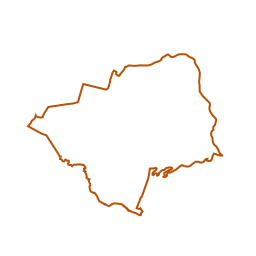 outline of Ramna, Caras-Severin, Romania, rotated 11°
{"feature_id": "2599482B15960202705126", "entity_name": "Ramna", "entity_type": "district", "adm_level": 2, "iso_a3": "ROU", "parent_name": "Romania", "parent_adm1": "Caras-Severin", "projection": "robinson", "projection_center": [21.717, 45.465], "detail": "fine", "context": "isolated", "style": "outline", "palette": "amber", "viewbox_px": 256, "rotation_deg": 11, "n_neighbors": 0, "source": "geoboundaries", "source_scale": "gbopen_adm2", "svg_char_len": 5569}
<svg xmlns="http://www.w3.org/2000/svg" viewBox="0 0 256 256"><g transform="rotate(11 128 128)"><path d="M226.5,137.1L224.9,136.6L223.2,135.5L222.5,134.7L221.8,133.8L221.2,132.8L220.6,131.9L219.0,130.1L218.0,129.2L215.9,128.0L214.6,126.7L214.1,125.5L213.6,124.3L213.2,123.0L212.8,121.8L212.1,120.8L211.8,120.3L211.5,119.8L211.2,119.3L211.0,118.8L210.8,118.2L210.6,117.7L210.7,115.8L210.8,115.4L211.1,114.8L211.4,114.3L211.8,113.8L212.3,113.4L211.6,111.9L211.6,110.4L212.9,108.3L212.9,107.2L213.0,106.0L213.0,104.9L213.0,103.8L213.0,103.3L212.8,102.4L208.1,99.0L205.4,96.0L204.3,93.8L203.9,91.6L204.0,91.2L204.1,90.8L204.2,90.3L204.1,89.9L203.5,88.0L194.8,82.0L191.2,78.2L191.1,77.1L190.9,75.9L190.6,74.8L190.4,73.7L190.1,72.5L189.8,71.4L189.4,70.3L189.0,69.2L188.8,67.0L188.6,64.8L188.3,62.5L188.0,60.3L186.5,57.1L185.6,56.0L184.6,54.9L183.6,53.9L182.5,52.9L181.3,51.1L180.3,48.3L177.3,47.0L176.0,46.8L175.4,46.6L174.7,46.4L174.0,46.2L173.2,45.8L172.4,45.4L171.7,45.0L171.4,44.9L171.1,44.8L170.8,44.7L170.4,44.7L170.1,44.7L169.9,44.7L169.2,44.9L165.7,45.5L163.5,46.2L159.2,49.5L157.6,49.9L156.4,49.9L154.1,48.4L153.0,48.2L151.9,49.0L151.2,49.8L150.4,50.5L149.6,51.2L148.8,51.8L147.7,53.3L147.8,53.8L147.7,54.3L147.5,54.8L147.2,55.3L145.5,56.7L141.1,59.1L139.8,60.5L137.5,61.9L135.6,62.8L133.7,63.2L131.7,63.6L129.7,63.9L127.7,64.2L126.4,64.7L125.0,65.1L123.6,65.5L122.2,65.8L120.7,66.0L117.2,66.4L117.0,66.5L116.6,66.7L116.2,67.0L115.7,67.4L115.4,67.8L115.0,68.0L114.5,68.2L114.1,68.4L113.6,68.6L112.8,71.7L112.1,72.9L109.3,78.5L107.6,78.3L105.9,77.2L106.0,75.3L103.9,74.4L103.2,74.3L102.4,76.1L101.8,80.8L101.4,84.3L101.6,85.7L101.2,90.6L100.7,93.0L99.3,94.5L75.7,93.4L75.2,97.9L74.8,102.4L74.4,106.9L74.1,111.4L73.8,112.2L69.5,114.4L65.0,115.8L60.6,117.3L56.2,118.9L51.8,120.5L48.2,121.7L45.8,122.6L43.2,128.9L42.4,131.4L42.2,133.8L40.2,134.5L37.0,134.4L35.2,133.8L35.1,133.6L34.9,135.0L34.4,136.8L33.0,138.4L32.2,139.3L31.5,142.0L30.8,143.0L29.5,145.3L44.4,150.1L49.2,150.7L59.7,161.6L63.3,165.4L66.7,169.2L66.9,169.4L67.4,169.1L67.2,171.4L68.7,171.6L70.0,172.8L70.7,173.1L71.6,173.0L72.0,172.5L72.3,172.0L72.2,171.6L72.7,170.9L73.3,171.1L73.8,171.4L74.2,171.6L75.5,171.6L75.8,171.4L76.3,171.8L76.4,172.6L76.3,173.5L75.7,174.3L76.3,175.1L76.8,175.5L78.5,175.3L79.2,175.1L79.9,175.6L80.1,176.1L80.4,176.2L80.6,175.6L81.7,174.7L82.5,174.0L84.0,174.0L85.1,173.5L86.2,173.4L87.1,173.0L88.2,173.0L88.7,172.8L89.2,172.7L90.1,173.0L91.2,172.7L91.9,173.0L92.6,173.7L93.8,174.8L93.9,175.6L93.3,175.8L92.6,176.1L92.5,176.8L93.0,177.3L93.1,178.0L93.0,178.5L93.9,178.5L94.6,178.7L94.7,178.9L94.4,179.5L95.4,180.9L96.3,182.2L96.4,182.8L96.7,183.5L96.6,184.7L98.1,185.5L99.6,185.8L99.9,185.8L99.7,186.2L99.3,187.0L99.9,187.8L100.6,189.0L101.5,190.2L101.9,191.3L101.3,192.5L101.6,193.6L102.1,195.0L102.4,195.7L103.1,196.9L103.5,197.4L104.9,197.8L105.4,198.0L106.0,198.1L106.9,198.4L107.0,198.2L106.9,198.0L107.3,198.0L107.6,198.1L107.9,198.3L108.2,198.5L108.6,198.9L109.5,199.8L109.7,200.0L110.3,200.6L111.4,202.1L113.7,205.3L113.8,205.3L114.2,205.5L114.8,205.5L116.2,206.1L117.3,206.5L117.5,206.5L117.8,206.7L118.0,206.7L118.3,206.7L118.5,206.8L118.7,207.1L118.8,207.1L119.2,207.1L119.3,207.2L119.4,207.3L119.5,207.2L120.0,207.1L120.1,207.4L120.5,207.2L120.8,207.3L120.9,207.5L124.0,208.3L124.2,208.2L124.4,208.0L124.7,207.9L124.9,207.8L125.1,207.7L125.5,207.3L125.7,207.1L125.8,206.8L125.9,206.7L126.1,206.4L126.7,205.9L127.4,205.5L127.8,205.2L128.1,205.0L128.4,204.9L128.9,204.7L129.4,204.5L129.6,204.4L130.2,204.4L135.9,204.0L136.4,204.2L136.8,204.2L137.2,204.4L137.3,204.5L138.0,204.9L138.1,205.0L138.3,205.4L138.5,205.6L138.8,205.4L138.8,205.2L139.0,205.3L139.4,205.6L139.7,205.8L139.8,205.8L140.1,205.8L140.3,205.8L140.5,206.3L140.7,206.5L141.0,206.7L141.2,206.8L141.5,206.9L142.1,206.9L142.4,207.0L142.5,207.1L142.6,207.4L142.8,207.5L142.9,207.8L142.9,208.0L143.1,208.0L143.3,207.9L143.6,208.1L144.1,208.3L144.1,208.7L144.1,208.8L144.3,208.9L144.3,209.1L144.6,209.1L144.7,208.9L145.0,208.9L145.2,209.0L145.4,209.1L145.5,209.1L146.0,209.0L146.7,209.0L146.9,209.1L147.0,209.2L147.0,209.4L147.3,209.5L147.7,209.6L151.9,210.1L155.6,211.2L156.0,211.3L156.3,211.3L156.5,211.3L157.1,211.1L157.2,210.9L157.2,210.4L157.0,209.8L157.1,209.4L157.2,208.9L157.3,208.7L157.7,208.0L158.2,207.2L157.9,207.0L157.3,206.4L156.2,205.1L155.6,204.6L155.5,205.4L151.8,205.1L151.8,204.5L152.1,203.4L152.1,203.0L152.5,201.9L152.6,201.4L152.6,200.1L152.6,199.9L152.8,199.5L153.2,198.6L153.4,196.1L153.5,195.9L153.5,195.4L153.6,195.2L153.7,194.8L153.8,194.0L153.8,193.7L154.7,192.8L156.0,183.4L157.5,174.0L157.5,169.3L157.3,166.1L157.2,164.3L157.5,163.5L160.1,163.1L162.8,161.9L163.7,162.1L163.9,162.9L163.0,164.6L162.1,165.3L160.8,167.5L160.7,168.6L161.0,169.3L161.8,169.5L162.9,167.7L163.9,167.2L165.1,167.2L165.7,169.1L166.9,168.6L167.1,167.8L167.1,166.0L170.0,162.6L171.1,162.6L171.9,162.1L173.1,160.1L176.0,158.8L176.9,158.7L177.9,158.5L178.9,158.8L179.2,159.4L178.0,160.8L176.4,161.3L175.1,162.8L173.4,164.0L172.1,165.4L173.1,167.4L172.6,168.6L172.2,169.1L173.2,169.3L174.4,168.6L175.2,167.6L175.2,166.5L175.2,165.9L175.3,165.2L176.4,163.7L177.0,163.4L177.2,163.7L177.6,163.9L178.0,163.7L180.4,161.9L183.7,159.0L186.1,155.9L188.1,154.1L190.6,154.7L194.1,154.5L196.0,153.6L198.3,150.8L200.8,148.2L203.5,147.7L204.8,148.0L206.2,148.1L207.5,147.6L208.6,146.9L210.0,144.2L211.0,143.4L211.8,143.1L211.7,144.9L214.1,144.9L215.3,144.6L216.3,142.5L216.3,140.5L216.5,139.3L216.9,137.8L217.3,136.7L218.8,136.8L221.3,137.4L222.6,137.4L226.5,137.1Z" fill="none" stroke="#b45309" stroke-width="2"/></g></svg>